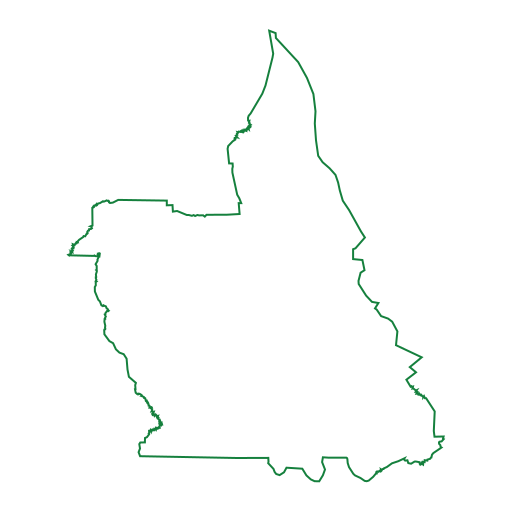 Agusan del Sur, Agusan del Sur, Philippines (Albers equal-area conic projection)
{"feature_id": "2640588B20221108717018", "entity_name": "Agusan del Sur", "entity_type": "district", "adm_level": 2, "iso_a3": "PHL", "parent_name": "Philippines", "parent_adm1": "Agusan del Sur", "projection": "albers", "projection_center": [125.526, 8.58], "detail": "fine", "context": "isolated", "style": "outline", "palette": "green", "viewbox_px": 512, "rotation_deg": 0, "n_neighbors": 0, "source": "geoboundaries", "source_scale": "gbopen_adm2", "svg_char_len": 6020}
<svg xmlns="http://www.w3.org/2000/svg" viewBox="0 0 512 512"><path d="M92.3,207.8L92.5,225.5L90.5,226.3L91.7,226.7L91.5,227.7L91.9,228.3L90.9,229.0L89.1,229.2L89.0,230.5L88.0,230.7L87.3,231.8L87.7,233.1L87.3,233.7L86.7,233.6L85.2,236.3L83.6,236.1L83.1,237.1L79.1,239.8L77.6,241.5L77.8,242.2L76.7,242.0L76.7,243.1L75.9,243.1L75.9,243.7L75.2,243.9L74.7,245.0L73.0,244.3L73.2,244.9L72.5,245.4L73.6,246.1L72.7,247.4L73.4,247.1L73.7,247.5L73.5,248.2L72.3,247.8L73.0,248.4L72.2,249.3L72.1,250.0L72.8,250.7L72.0,251.5L72.2,252.1L71.4,251.7L71.8,252.3L71.3,253.1L70.5,252.7L70.6,254.4L70.0,254.1L69.5,254.9L69.2,254.1L69.2,254.5L68.3,254.8L68.8,255.3L94.0,255.9L94.4,255.5L95.4,256.1L97.7,256.3L98.3,255.3L97.8,254.5L98.6,254.2L98.2,253.5L99.2,253.2L99.8,253.5L99.4,256.5L98.9,256.4L97.4,259.8L97.6,260.8L95.6,264.2L96.7,266.0L96.7,269.6L96.2,270.0L96.8,270.5L96.8,271.6L95.9,274.4L96.2,276.9L95.8,277.2L96.3,278.3L95.9,277.9L95.8,278.3L96.4,279.8L95.7,281.1L96.5,281.5L95.7,282.1L95.8,285.3L94.8,287.1L94.9,291.5L98.3,299.8L99.9,301.4L101.4,305.3L102.3,305.8L103.2,305.4L103.3,306.0L104.3,305.7L105.9,306.4L106.6,308.3L107.5,308.8L108.2,310.0L107.9,310.4L108.6,310.8L108.1,311.2L107.2,310.8L105.4,313.2L105.4,314.3L104.8,314.5L105.8,316.6L105.1,317.7L105.2,318.9L104.6,319.0L104.4,321.8L105.3,325.9L105.0,327.3L105.3,328.5L105.2,329.3L104.5,329.4L104.2,330.0L104.4,334.3L109.4,341.1L113.1,343.2L115.9,349.3L119.4,352.6L123.7,354.2L126.6,358.7L127.5,369.5L128.9,376.8L135.9,382.9L135.2,385.1L135.5,389.1L135.0,389.2L135.7,392.7L137.0,393.9L138.2,393.7L138.3,394.3L139.6,393.8L141.6,395.0L142.1,395.9L141.7,396.1L143.8,396.9L144.1,398.0L145.2,398.2L145.8,400.7L146.7,400.5L147.0,401.2L146.6,401.6L147.1,402.4L147.9,402.4L148.2,403.1L147.7,403.4L148.6,404.5L148.6,405.6L149.5,405.8L149.8,406.4L149.5,407.5L151.1,407.2L150.9,408.0L151.7,408.0L151.5,408.7L152.1,409.1L151.9,409.6L152.2,410.1L151.5,411.5L152.5,411.4L152.9,412.1L153.8,411.8L153.3,413.4L152.2,414.0L152.7,415.0L154.0,414.4L154.5,415.8L154.9,415.3L155.7,415.5L155.9,414.7L157.3,416.1L156.7,416.4L156.8,416.7L158.0,416.1L157.7,417.1L158.3,417.6L157.6,418.2L157.9,418.5L158.8,418.0L158.1,418.8L159.4,419.6L159.2,421.2L159.7,421.5L160.1,420.8L160.4,421.7L159.9,422.3L161.1,422.4L160.4,423.5L161.1,424.2L161.9,423.8L162.1,424.6L161.0,424.6L161.0,425.2L159.6,424.6L159.9,425.9L159.1,426.8L159.5,426.9L159.7,427.8L158.4,427.9L158.4,428.4L157.6,428.7L157.0,428.0L156.7,428.5L156.1,428.1L156.0,428.9L155.6,428.2L154.8,429.8L154.1,429.1L153.7,430.1L153.0,429.6L152.8,430.0L152.3,429.8L151.8,430.8L151.4,430.4L151.1,431.6L150.4,430.2L150.0,431.0L149.1,430.9L149.2,433.0L148.7,433.5L149.1,434.3L146.9,437.2L145.0,438.0L144.9,442.4L140.3,442.5L139.3,444.1L140.0,448.5L138.6,452.2L140.1,456.2L236.8,458.0L268.3,457.9L268.5,461.7L268.2,463.2L273.5,468.9L274.6,471.9L276.2,474.0L279.6,475.1L284.0,472.3L286.5,467.7L302.3,468.7L306.4,475.4L310.8,479.4L314.6,481.2L319.2,481.3L322.9,475.3L325.0,469.5L322.1,462.1L322.9,457.3L329.0,457.7L346.4,457.7L347.1,458.2L347.4,459.3L347.7,463.0L349.0,467.1L353.3,473.8L355.0,475.4L360.5,478.0L364.7,480.9L366.7,481.2L368.7,480.6L373.2,476.8L375.7,473.8L376.7,473.5L376.2,472.2L376.8,471.5L378.1,471.4L378.3,471.8L379.4,471.0L380.0,471.4L380.4,470.4L381.1,471.1L381.6,470.6L381.2,469.5L381.8,469.9L382.5,469.1L383.6,469.0L383.8,468.4L386.9,467.0L392.0,463.3L398.3,461.2L404.5,458.3L404.2,458.8L404.5,460.1L405.2,460.6L407.4,460.3L408.3,463.1L411.1,463.7L414.5,461.6L415.7,461.5L419.6,462.2L419.7,463.8L420.3,464.7L422.0,463.8L423.1,464.6L423.2,463.7L421.7,462.8L422.4,461.7L424.6,462.1L424.7,460.2L427.3,460.6L427.4,459.6L430.1,458.8L430.9,457.6L431.4,457.5L432.0,454.7L433.3,453.1L441.5,447.5L440.7,447.0L440.3,445.1L439.1,443.8L439.0,442.3L439.5,441.7L441.6,441.4L443.7,439.1L443.0,438.7L443.6,436.5L434.5,436.7L433.8,431.0L434.7,411.4L426.1,398.2L424.9,398.2L424.0,396.1L423.2,397.2L423.2,396.4L421.3,395.6L421.6,395.3L421.2,394.6L419.6,394.4L419.2,393.7L419.0,394.7L418.3,394.7L417.3,392.9L417.3,393.6L416.4,393.7L417.6,391.1L416.7,391.8L415.7,391.8L416.8,390.1L415.9,390.5L413.1,388.3L412.5,388.5L413.0,386.5L411.8,386.8L411.4,386.2L410.6,386.7L406.4,379.7L416.0,372.3L409.8,367.1L421.7,357.3L396.0,345.2L397.4,331.4L392.2,321.7L388.1,318.6L381.1,316.1L376.7,309.6L375.0,308.4L378.4,303.0L372.0,301.9L366.1,295.6L358.7,284.0L358.5,280.9L360.6,272.7L364.5,270.2L362.4,260.0L353.1,259.1L353.1,249.2L355.5,248.3L364.9,237.5L361.0,231.5L349.1,210.1L342.8,200.7L339.8,190.4L338.1,182.5L335.5,174.9L329.6,168.3L322.6,162.2L318.2,155.8L316.0,140.3L314.8,123.5L315.5,111.3L313.4,94.0L307.0,78.0L298.2,62.1L275.9,38.0L275.6,33.1L269.2,30.7L273.2,53.7L272.5,57.6L265.5,85.5L262.3,93.7L250.6,113.5L248.7,115.7L248.0,117.8L248.1,120.6L248.6,121.0L249.4,120.8L249.0,122.7L249.5,122.8L249.5,123.7L250.3,124.4L249.7,124.5L249.8,125.1L249.1,125.7L250.6,126.3L250.4,127.1L250.1,127.3L249.8,126.5L249.4,127.3L248.9,126.7L248.6,127.6L248.2,127.3L248.5,126.8L248.2,126.8L247.2,128.1L248.5,128.0L248.7,129.1L248.1,128.5L247.3,129.7L247.6,128.8L246.3,129.3L246.9,129.9L246.5,130.3L246.1,129.6L245.3,129.6L245.9,130.8L244.4,130.4L243.8,131.5L243.4,130.8L243.2,131.7L242.5,131.5L242.5,132.2L241.8,132.0L241.6,130.6L240.7,131.1L240.3,131.9L238.7,131.6L238.3,132.3L237.5,132.1L237.9,132.9L236.9,133.7L237.3,134.9L235.9,135.6L237.1,137.1L236.3,136.8L236.5,137.6L234.7,137.9L234.6,138.5L235.4,138.6L235.3,139.6L232.7,141.3L228.2,146.0L227.6,148.8L229.1,163.4L232.6,163.5L232.8,166.6L232.3,168.8L232.4,172.6L237.2,194.7L239.3,198.3L241.2,203.1L238.7,203.1L239.6,214.0L227.4,214.7L206.5,214.8L204.8,216.6L203.1,215.3L199.1,215.4L197.4,215.0L195.1,216.0L193.7,215.1L191.9,215.8L188.8,215.0L186.8,215.0L177.1,211.0L172.9,211.6L172.5,205.1L166.8,205.3L166.8,200.6L118.2,199.9L112.9,202.6L110.0,203.0L109.0,202.3L109.1,201.4L108.5,200.7L107.4,200.9L106.7,200.4L104.3,201.5L102.8,201.7L102.7,201.4L100.0,203.1L98.1,203.5L97.3,204.7L96.7,204.1L96.3,205.3L95.7,204.9L94.1,206.7L93.8,205.9L93.3,206.4L93.7,207.1L92.3,207.8Z" fill="none" stroke="#15803d" stroke-width="2"/></svg>